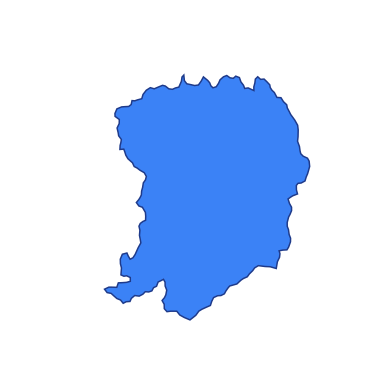 São José do Rio Pardo, São Paulo, Brazil (Mercator projection), rotated 324°
{"feature_id": "56859067B94240559052727", "entity_name": "São José do Rio Pardo", "entity_type": "district", "adm_level": 2, "iso_a3": "BRA", "parent_name": "Brazil", "parent_adm1": "São Paulo", "projection": "mercator", "projection_center": [-46.893, -21.597], "detail": "fine", "context": "isolated", "style": "filled", "palette": "blue", "viewbox_px": 384, "rotation_deg": 324, "n_neighbors": 0, "source": "geoboundaries", "source_scale": "gbopen_adm2", "svg_char_len": 2919}
<svg xmlns="http://www.w3.org/2000/svg" viewBox="0 0 384 384"><g transform="rotate(324 192 192)"><path d="M316.7,143.0L313.7,141.2L312.9,137.4L309.6,137.9L307.0,140.7L303.8,143.3L301.7,146.3L300.1,143.5L298.6,140.8L295.5,139.2L296.4,135.9L296.3,131.7L297.6,127.3L295.5,124.0L292.2,124.3L289.9,122.0L288.6,118.2L285.2,117.3L280.7,117.7L277.3,119.7L273.5,121.1L270.2,120.0L269.7,117.1L270.5,114.1L270.3,111.0L268.9,105.6L264.6,107.7L260.1,109.2L256.7,107.4L254.1,104.4L251.4,101.4L251.3,97.4L254.1,92.6L251.5,93.1L248.5,96.2L243.0,99.4L239.8,98.1L236.5,97.4L233.9,94.9L232.7,90.6L230.9,88.4L226.9,87.4L222.1,86.3L219.6,83.1L214.8,82.8L209.7,84.3L206.2,87.0L202.0,85.4L199.3,84.6L197.2,82.8L194.2,85.5L191.1,85.6L187.7,83.4L185.1,81.8L180.1,80.6L175.8,83.2L174.2,85.6L175.8,90.6L173.4,93.8L169.0,96.2L167.1,100.7L165.7,103.4L165.7,108.0L163.5,110.2L161.2,112.1L158.7,115.2L162.0,117.2L161.2,120.1L160.1,123.3L159.7,127.4L161.0,133.4L160.2,137.4L161.7,140.4L162.7,143.8L164.7,148.3L164.2,152.6L161.5,154.8L158.0,156.0L154.7,159.3L151.8,161.6L149.3,164.6L146.9,165.9L144.4,166.9L140.8,167.8L140.8,172.1L142.9,175.2L142.3,181.1L140.3,184.4L137.8,187.6L135.1,187.0L131.7,187.0L129.0,188.5L127.3,192.4L124.0,196.2L122.3,199.9L120.7,203.1L115.6,205.5L109.3,209.1L105.6,210.5L102.4,210.0L102.8,206.2L103.5,203.1L99.1,201.4L94.5,204.2L91.9,208.0L90.3,212.0L88.0,214.7L85.8,217.3L87.4,220.1L89.8,221.3L91.8,224.9L89.6,228.0L85.9,226.6L82.2,224.3L79.0,222.2L75.1,224.9L71.9,222.4L68.8,220.1L64.1,219.2L64.2,223.5L67.0,226.5L67.7,230.0L68.6,234.0L70.7,237.4L70.9,241.6L74.3,242.1L77.5,244.1L80.4,242.4L84.8,242.1L88.1,245.2L92.2,245.8L95.6,245.2L98.2,247.4L101.4,248.4L104.7,246.8L107.9,247.4L111.7,244.9L114.9,245.5L117.6,245.9L117.2,249.1L115.0,252.3L113.9,256.5L110.4,259.8L107.6,261.3L104.0,262.2L103.5,266.5L101.0,270.1L101.4,274.1L104.7,275.9L109.6,279.5L109.8,284.3L112.0,289.0L115.2,294.3L122.6,294.0L127.5,292.4L131.2,292.7L135.7,293.6L140.2,294.6L143.8,292.0L147.4,290.1L151.8,291.0L154.6,292.8L158.4,293.4L161.0,292.1L164.4,290.9L167.2,290.2L170.8,291.5L174.3,292.8L177.2,292.4L180.0,292.1L182.8,292.2L186.9,293.1L190.2,292.0L194.9,291.3L198.1,290.2L202.4,290.6L207.3,295.2L211.3,298.4L215.2,303.4L220.1,298.6L224.4,296.3L226.9,293.6L227.9,290.8L231.2,292.3L234.8,294.6L237.7,293.4L242.4,290.2L244.6,287.3L245.6,283.5L247.9,279.2L248.9,275.7L251.1,272.6L255.5,269.0L258.0,267.8L261.6,265.6L263.6,262.8L264.1,258.7L265.6,254.1L268.3,254.1L271.3,254.3L276.2,255.6L277.7,251.7L280.3,248.0L282.9,247.3L285.6,248.9L289.9,249.5L293.2,247.0L296.2,245.2L298.4,243.5L302.2,240.5L304.9,235.9L305.3,232.5L303.0,228.4L302.5,224.9L303.7,222.0L305.7,218.3L307.2,213.0L310.2,209.7L314.4,204.2L316.7,200.1L317.4,194.2L317.4,187.4L318.1,183.0L318.5,180.0L319.9,177.1L319.1,172.7L319.4,168.0L316.3,165.4L317.1,159.9L316.5,156.7L316.7,153.5L317.9,151.0L317.4,146.9L316.7,143.0Z" fill="#3b82f6" stroke="#1e3a8a" stroke-width="1.5"/></g></svg>